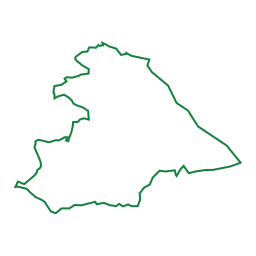 Agios Dimitrios, Limassol, Cyprus
{"feature_id": "46923920B1623622106309", "entity_name": "Agios Dimitrios", "entity_type": "district", "adm_level": 2, "iso_a3": "CYP", "parent_name": "Cyprus", "parent_adm1": "Limassol", "projection": "orthographic", "projection_center": [32.808, 34.92], "detail": "fine", "context": "isolated", "style": "outline", "palette": "green", "viewbox_px": 256, "rotation_deg": 0, "n_neighbors": 0, "source": "geoboundaries", "source_scale": "gbopen_adm2", "svg_char_len": 1588}
<svg xmlns="http://www.w3.org/2000/svg" viewBox="0 0 256 256"><path d="M15.4,186.9L17.8,186.6L22.2,187.7L26.8,188.9L30.0,192.2L35.7,197.1L41.3,199.7L44.5,201.7L50.9,211.5L55.7,213.2L61.6,208.4L69.3,208.4L74.6,205.0L81.4,205.3L91.9,202.7L95.2,201.8L96.7,204.2L103.8,202.9L109.9,205.2L116.0,206.1L119.2,203.9L122.8,206.4L128.1,204.5L131.7,206.2L137.6,206.2L140.1,199.9L139.7,193.4L144.0,187.7L149.8,184.5L152.8,177.5L159.6,170.7L165.4,171.5L174.8,170.3L175.9,175.1L176.7,176.0L180.1,169.7L183.6,165.9L188.8,173.2L196.3,171.3L205.8,170.0L212.9,169.9L230.5,166.4L240.6,162.7L226.6,145.5L198.1,126.5L187.9,110.5L176.6,103.0L168.1,85.6L151.9,72.1L147.4,65.5L149.4,59.6L131.4,55.8L126.3,53.0L126.3,53.9L121.0,54.9L116.3,48.7L109.7,46.6L105.5,44.3L102.4,42.8L102.9,45.4L99.4,45.8L98.5,44.9L95.9,47.8L93.3,47.5L89.3,47.4L88.0,50.3L87.3,51.5L82.3,52.0L78.7,54.6L75.8,56.7L75.2,59.2L77.7,61.8L79.3,62.8L81.7,65.0L85.8,67.4L88.7,69.1L88.6,73.5L80.8,74.6L78.8,75.8L72.1,77.7L66.8,77.2L64.6,78.7L66.5,81.3L61.6,84.7L54.4,86.2L53.8,89.4L53.6,93.4L54.5,94.6L54.5,98.4L58.0,96.4L64.0,94.7L69.1,97.8L71.7,100.4L73.5,103.7L77.7,105.7L83.0,107.5L84.7,108.6L88.1,110.9L88.8,119.6L83.7,118.3L79.7,119.6L78.1,121.8L73.1,122.1L72.8,126.0L71.3,132.6L69.0,138.4L68.3,141.2L66.0,140.4L67.2,137.3L64.6,137.2L62.5,138.6L58.4,140.5L55.8,140.2L49.4,142.1L48.1,142.1L42.5,140.6L38.3,139.8L35.4,141.4L35.6,143.3L34.5,147.6L37.5,154.4L40.4,161.3L41.1,165.7L40.3,167.7L37.4,170.0L36.8,172.4L34.7,175.2L32.0,177.6L30.8,178.6L27.9,181.1L24.2,184.1L17.9,181.6L15.4,186.9Z" fill="none" stroke="#15803d" stroke-width="2"/></svg>